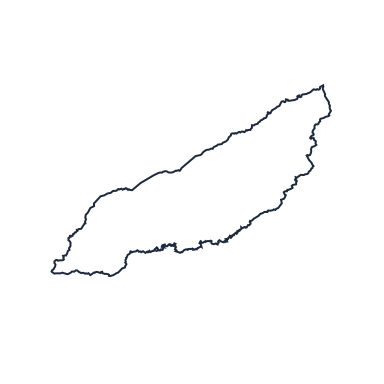 Barue, Manica, Mozambique (Natural Earth projection), rotated 251°
{"feature_id": "85939544B78941967379031", "entity_name": "Barue", "entity_type": "district", "adm_level": 2, "iso_a3": "MOZ", "parent_name": "Mozambique", "parent_adm1": "Manica", "projection": "natural_earth1", "projection_center": [33.195, -17.955], "detail": "fine", "context": "isolated", "style": "outline", "palette": "slate", "viewbox_px": 384, "rotation_deg": 251, "n_neighbors": 0, "source": "geoboundaries", "source_scale": "gbopen_adm2", "svg_char_len": 6072}
<svg xmlns="http://www.w3.org/2000/svg" viewBox="0 0 384 384"><g transform="rotate(251 192 192)"><path d="M213.1,95.6L210.5,94.8L210.0,90.7L206.4,86.8L205.0,84.1L202.4,82.7L200.9,83.0L198.6,81.1L197.0,81.0L197.1,80.0L193.3,75.3L193.8,72.6L193.4,71.6L193.6,71.0L192.6,71.1L192.5,70.1L191.6,69.0L191.9,68.1L191.2,67.2L191.1,66.2L190.6,66.2L190.2,65.2L189.4,64.7L190.2,62.5L189.3,62.4L189.6,61.9L188.6,61.0L188.7,60.2L186.6,59.5L185.8,60.1L183.8,60.7L180.3,59.4L178.9,57.4L177.1,57.3L176.7,55.5L174.4,53.8L173.0,52.2L173.3,51.7L173.6,49.3L171.9,49.4L171.4,48.8L170.0,48.9L169.6,48.2L169.7,46.8L170.7,43.9L170.6,43.0L171.5,42.4L172.0,41.2L171.1,39.3L169.6,38.8L167.9,39.3L166.1,38.3L163.9,35.8L163.5,34.1L162.5,33.3L160.1,34.9L159.5,35.6L159.5,36.5L157.9,41.2L158.0,43.0L155.0,47.2L154.8,48.5L155.3,51.4L155.9,52.6L155.0,54.9L155.7,56.4L155.5,57.3L155.1,58.0L153.3,59.0L151.6,60.7L150.9,63.0L149.6,64.3L149.7,65.2L148.8,66.3L148.9,67.7L146.5,68.8L147.8,73.4L147.3,73.8L147.6,75.4L147.1,76.7L145.3,78.9L146.0,80.2L145.8,81.1L144.6,80.8L142.9,82.9L142.7,83.9L141.5,86.0L140.7,86.6L139.8,86.2L139.2,87.1L139.0,90.4L139.9,94.7L139.8,95.8L142.5,101.2L142.5,104.0L143.8,104.8L144.8,106.3L145.6,106.5L147.0,105.9L147.6,106.7L149.3,106.8L150.4,108.2L151.2,108.2L151.6,109.2L153.5,110.7L153.9,113.0L155.9,114.5L155.7,114.9L154.7,114.9L154.4,115.5L154.7,116.5L154.1,119.9L154.7,121.3L153.6,122.2L152.9,122.2L152.5,124.1L151.6,124.4L151.9,126.5L149.6,128.1L150.2,130.2L149.4,130.5L149.2,131.2L149.8,131.6L150.2,132.6L149.1,132.7L148.7,133.3L149.1,134.9L148.8,136.1L149.2,136.4L148.7,138.0L150.0,138.2L151.1,140.7L149.7,141.3L147.8,140.0L147.7,142.3L147.1,142.6L147.1,143.3L147.7,143.8L146.8,145.3L147.9,146.2L148.8,145.8L149.1,146.9L148.7,147.6L150.4,147.0L150.6,146.0L151.2,146.5L151.2,149.2L149.6,149.4L148.8,150.5L149.4,152.0L149.2,153.3L149.9,153.2L149.9,154.0L149.1,154.9L148.0,154.6L147.8,154.9L148.4,155.7L148.1,157.3L149.2,158.6L148.3,159.5L146.9,157.5L146.7,158.4L146.2,158.8L145.0,158.8L144.6,157.9L143.9,157.9L143.2,157.2L142.1,158.3L141.2,158.4L141.1,157.6L138.3,161.2L138.8,162.6L138.3,163.1L139.7,165.8L139.7,167.8L138.7,169.0L139.3,169.5L139.0,171.2L138.3,172.2L138.4,174.0L137.4,174.7L137.0,174.4L136.9,174.7L137.4,175.0L136.6,176.0L136.9,177.4L136.3,177.9L137.2,179.3L137.0,179.7L137.4,181.0L137.4,182.8L137.0,183.1L139.8,183.3L141.2,182.4L142.7,184.1L142.3,184.5L141.0,184.1L140.8,184.4L140.5,185.9L141.0,187.6L140.5,188.0L141.1,189.0L140.5,189.3L140.5,191.3L139.7,192.4L139.9,193.9L139.2,194.5L137.6,193.7L136.6,194.0L135.5,195.7L135.6,197.9L134.5,198.5L134.0,199.2L135.0,199.8L135.5,200.8L136.8,200.7L137.5,202.3L135.8,203.4L134.2,205.4L134.1,205.9L134.9,206.7L134.4,207.6L133.9,207.7L134.1,208.6L133.8,209.2L134.8,209.3L135.4,208.3L136.6,208.4L135.9,210.8L136.8,211.3L137.2,212.4L138.3,213.6L137.1,214.6L136.8,214.2L137.1,213.5L136.1,213.5L136.0,213.9L137.1,215.7L137.8,215.9L137.5,217.5L137.7,217.9L138.3,217.6L139.2,220.1L138.0,220.7L138.6,221.4L139.2,221.3L139.2,221.9L140.2,222.0L140.3,222.9L139.7,223.0L140.0,224.6L140.8,224.7L140.7,225.8L141.5,226.9L142.5,227.1L141.4,227.8L141.8,230.1L141.3,231.3L140.8,231.2L140.7,232.1L142.5,234.3L142.0,235.4L142.8,236.9L143.6,237.3L144.8,236.8L145.6,237.4L145.2,237.8L145.6,238.5L145.6,239.6L146.6,241.7L147.8,247.1L149.1,249.5L149.0,251.9L149.6,254.0L148.6,256.5L148.8,257.2L149.6,257.5L149.7,258.1L148.8,259.9L148.5,262.6L148.9,263.6L147.9,265.0L148.7,266.1L148.8,268.3L152.1,273.2L155.7,273.7L155.6,276.6L156.8,278.2L158.6,279.6L159.2,278.9L161.9,278.7L162.4,280.1L161.8,282.0L162.9,282.8L162.6,283.1L162.9,287.8L163.2,288.5L165.3,288.3L165.8,289.8L165.4,292.9L167.3,293.7L168.2,294.7L168.7,294.6L169.1,293.6L170.3,293.5L170.7,294.8L172.2,294.9L171.5,295.8L172.8,300.5L171.6,303.3L171.9,304.8L171.5,306.9L172.0,308.1L173.3,309.3L173.6,310.8L175.3,312.5L175.4,313.5L176.5,314.3L176.9,315.3L179.1,314.6L180.5,314.6L184.2,313.1L189.2,312.3L189.4,313.1L188.5,314.4L188.7,315.9L191.2,317.8L193.9,318.6L195.4,320.0L195.5,323.0L196.1,324.9L197.7,324.6L199.8,325.6L201.5,324.4L203.3,324.6L203.9,322.8L203.6,321.8L204.5,321.3L205.0,321.5L206.1,323.3L206.2,325.0L206.6,325.7L207.6,325.9L208.7,325.3L209.7,325.5L211.4,327.1L212.2,328.6L214.5,329.3L215.7,330.7L215.1,332.5L215.3,333.7L216.5,334.6L217.1,336.2L218.6,336.5L219.4,337.4L219.1,340.5L219.6,342.6L219.3,345.7L219.6,346.7L220.9,346.6L223.5,349.8L225.6,349.4L227.6,349.8L228.6,350.5L231.0,350.1L232.3,350.7L239.0,349.0L240.2,349.1L241.1,349.7L246.5,349.2L247.7,349.5L248.6,350.4L250.2,350.7L249.5,347.2L248.0,346.6L247.6,345.9L247.6,344.8L248.5,343.9L248.2,342.6L249.5,340.4L247.8,336.3L247.5,331.9L248.2,328.2L247.8,326.9L246.6,326.5L246.4,325.3L247.0,324.6L248.4,324.7L248.5,323.9L248.1,322.7L246.7,322.6L245.8,321.8L245.6,319.1L246.6,313.4L247.1,312.5L248.1,312.6L249.0,310.9L247.3,310.1L246.7,309.4L246.9,308.6L248.1,307.9L248.3,306.1L244.9,302.6L244.8,300.1L244.1,298.8L243.2,294.2L240.9,291.7L240.9,291.1L242.4,290.3L242.7,289.7L242.3,289.3L241.1,289.4L240.1,287.6L239.0,287.2L238.1,286.1L238.3,284.0L237.7,283.4L237.8,282.5L237.3,281.6L237.4,280.1L236.4,279.0L236.1,277.4L235.1,276.2L235.3,273.5L234.8,272.3L235.6,270.4L233.2,269.6L232.5,268.1L231.7,267.4L232.4,265.4L232.1,264.5L232.9,263.4L232.0,262.4L231.6,260.8L232.7,259.6L233.0,258.6L232.6,257.1L233.5,256.2L232.8,252.9L233.7,251.9L233.4,251.1L234.3,249.3L234.3,248.4L233.9,247.7L232.8,247.2L231.8,244.7L229.9,243.0L228.8,240.8L228.5,237.1L227.6,235.7L228.4,231.8L227.7,230.6L227.5,227.7L226.9,226.4L226.1,225.7L226.8,224.2L226.5,222.2L227.1,219.3L226.1,215.6L224.6,213.4L224.2,212.1L224.8,207.1L218.0,189.8L216.1,187.6L216.2,186.9L217.0,186.4L217.1,184.0L217.4,183.7L216.9,180.2L217.2,178.3L218.1,176.2L219.5,175.1L220.4,173.6L220.5,170.9L220.1,169.9L220.8,168.2L220.9,166.4L220.3,161.3L217.2,146.2L213.2,135.9L214.6,133.3L215.1,133.2L214.8,132.2L216.6,131.4L216.5,130.9L217.2,130.2L216.7,129.2L217.1,128.7L216.8,127.1L218.1,126.4L218.1,123.9L218.7,123.6L218.7,122.8L217.8,121.1L218.7,117.4L217.6,114.9L218.1,111.8L217.4,107.8L217.7,104.2L213.1,95.6Z" fill="none" stroke="#1e293b" stroke-width="2"/></g></svg>